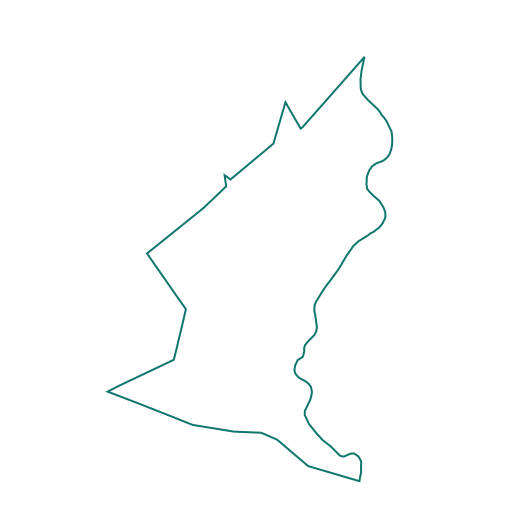 the district of União, Piauí, Brazil, rotated 187°
{"feature_id": "56859067B60196329024429", "entity_name": "União", "entity_type": "district", "adm_level": 2, "iso_a3": "BRA", "parent_name": "Brazil", "parent_adm1": "Piauí", "projection": "natural_earth1", "projection_center": [-42.867, -4.62], "detail": "fine", "context": "isolated", "style": "outline", "palette": "teal", "viewbox_px": 512, "rotation_deg": 187, "n_neighbors": 0, "source": "geoboundaries", "source_scale": "gbopen_adm2", "svg_char_len": 1687}
<svg xmlns="http://www.w3.org/2000/svg" viewBox="0 0 512 512"><g transform="rotate(187 256 256)"><path d="M172.5,466.9L225.5,389.5L227.2,387.9L231.6,393.7L245.5,412.2L252.4,369.7L258.6,363.0L290.6,328.9L297.0,332.3L294.1,321.5L307.9,304.5L311.5,300.3L314.1,297.1L364.5,245.2L327.4,203.8L319.1,194.7L320.4,182.4L323.4,155.6L324.9,143.0L376.3,110.4L386.7,103.3L356.2,95.7L326.8,88.1L301.2,81.4L298.1,80.6L256.4,79.0L229.5,81.2L227.6,80.7L212.7,76.3L204.0,70.6L192.3,62.8L178.5,53.8L125.9,45.1L125.8,48.2L125.3,54.0L126.2,60.5L126.3,63.8L127.3,66.1L130.1,69.7L134.8,72.0L138.0,71.4L144.3,67.7L146.6,67.6L148.6,68.3L158.9,76.3L167.3,81.3L174.2,87.2L183.1,95.9L188.3,104.2L188.6,108.2L184.7,119.7L184.1,123.3L183.9,128.0L185.6,132.9L188.4,135.8L192.0,137.8L198.7,140.5L201.7,143.1L203.1,144.9L204.0,147.6L203.8,152.1L201.9,157.8L198.5,160.5L197.1,162.0L196.5,167.5L197.0,170.4L196.5,173.4L194.3,177.1L188.4,184.8L187.0,188.5L186.9,193.0L189.9,204.1L191.5,208.9L191.8,214.7L190.8,217.9L188.8,222.4L186.4,227.6L185.0,230.4L183.8,232.9L181.5,237.1L179.7,239.9L175.7,247.1L172.2,253.5L166.5,266.6L160.6,277.8L156.0,283.2L147.2,290.3L144.7,292.9L142.7,293.9L137.0,299.5L134.3,304.0L132.9,308.0L132.3,310.9L133.1,315.3L135.3,319.6L140.4,325.9L146.4,329.8L151.9,334.1L153.9,336.4L155.1,340.6L155.6,348.1L154.8,351.9L154.0,354.9L151.6,359.3L147.7,362.8L143.5,364.8L140.8,366.6L138.2,369.3L136.4,372.1L135.6,374.6L134.8,378.2L134.5,381.9L134.7,386.1L135.2,390.1L136.6,396.0L142.9,405.7L145.6,408.8L148.6,411.4L150.1,413.5L152.9,416.4L164.1,424.6L169.8,429.7L171.2,432.0L172.1,434.1L172.7,436.4L173.8,444.3L173.8,452.9L172.9,463.8L172.5,466.9Z" fill="none" stroke="#0f766e" stroke-width="2"/></g></svg>